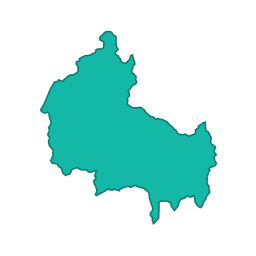 outline of Campinas, São Paulo, Brazil, rotated 259°
{"feature_id": "56859067B21122711831395", "entity_name": "Campinas", "entity_type": "district", "adm_level": 2, "iso_a3": "BRA", "parent_name": "Brazil", "parent_adm1": "São Paulo", "projection": "orthographic", "projection_center": [-47.047, -22.895], "detail": "fine", "context": "isolated", "style": "filled", "palette": "teal", "viewbox_px": 256, "rotation_deg": 259, "n_neighbors": 0, "source": "geoboundaries", "source_scale": "gbopen_adm2", "svg_char_len": 4504}
<svg xmlns="http://www.w3.org/2000/svg" viewBox="0 0 256 256"><g transform="rotate(259 128 128)"><path d="M207.2,99.7L206.6,97.7L205.9,95.1L205.2,93.4L203.4,93.7L203.0,92.1L203.0,90.1L200.9,89.3L198.5,90.2L196.8,91.0L195.6,90.0L194.1,90.2L192.7,89.3L191.9,87.9L191.1,86.0L190.6,84.0L191.1,82.3L190.6,80.9L190.6,79.3L189.3,77.5L188.4,75.9L187.9,74.5L186.3,73.3L187.1,71.2L188.5,69.3L187.3,67.8L186.9,66.2L187.3,64.7L185.7,63.5L181.5,59.5L180.0,58.5L176.5,56.3L170.8,52.4L168.3,50.7L166.3,49.2L164.9,47.8L163.8,46.9L162.4,45.7L160.6,46.4L159.1,47.9L158.4,49.3L159.1,51.8L157.4,53.2L155.5,53.0L153.8,52.9L151.6,53.1L149.4,53.5L147.8,53.6L146.3,52.7L144.7,51.6L143.7,50.1L141.9,50.4L139.6,50.2L138.6,49.1L137.2,48.1L135.6,48.1L134.1,49.3L132.5,49.0L131.2,48.0L129.4,47.3L127.6,47.2L125.5,47.6L123.6,48.5L121.7,49.8L120.0,50.5L118.6,49.7L117.2,49.4L115.6,49.4L113.9,48.1L112.1,47.3L110.9,45.8L109.6,46.2L107.8,47.0L107.4,48.9L106.7,50.2L106.3,52.1L104.3,52.2L102.5,53.5L101.1,55.0L99.1,55.0L97.4,55.2L95.9,55.5L94.8,56.5L93.3,57.7L93.9,60.0L93.9,62.0L95.2,63.4L97.1,64.1L98.1,65.7L98.3,67.5L98.9,69.6L98.1,71.3L96.5,73.0L95.7,74.8L95.2,76.7L95.1,78.4L94.3,79.8L92.3,80.7L91.9,83.0L91.8,85.0L92.3,86.8L92.3,88.8L87.1,86.2L85.7,87.4L83.7,85.9L83.1,84.4L80.8,84.2L79.1,84.4L77.4,85.1L75.6,85.3L73.3,85.5L71.0,84.9L68.9,83.2L67.6,84.1L68.6,86.6L69.1,89.1L69.8,90.7L70.2,92.9L71.5,95.3L71.9,97.2L70.7,98.5L69.9,101.0L70.7,102.9L69.7,104.2L69.0,105.7L68.0,107.5L69.2,108.4L70.0,110.2L70.4,112.7L70.6,114.6L70.8,117.0L69.2,119.5L70.2,122.5L70.1,124.5L68.7,125.8L68.0,127.9L66.8,129.8L65.6,132.2L64.0,133.3L62.9,134.3L61.4,135.5L59.8,136.3L57.4,135.9L55.6,135.7L53.9,135.7L52.4,136.0L50.3,136.2L48.5,136.3L47.1,136.8L45.5,136.9L44.0,137.0L42.1,136.0L40.5,133.9L38.5,133.2L36.7,133.9L35.4,135.2L34.0,134.4L32.4,134.3L30.8,134.6L29.3,134.6L30.4,136.8L31.8,138.2L32.7,139.6L33.8,140.9L39.9,142.3L42.7,143.0L47.1,143.9L49.2,144.0L49.8,145.9L49.7,147.7L49.4,150.0L48.6,152.8L47.3,154.4L45.8,155.8L43.3,155.5L40.6,156.7L38.2,157.8L39.3,159.3L40.3,160.3L41.2,161.6L42.1,162.6L43.6,162.5L45.3,164.0L47.2,165.4L48.3,167.3L48.1,169.5L48.7,171.0L49.7,172.1L49.7,173.8L48.3,175.9L48.3,178.0L49.1,179.6L47.8,180.1L46.0,180.1L44.0,179.8L42.2,179.8L41.0,180.4L39.1,181.0L37.4,182.3L35.9,184.1L37.1,185.8L39.0,187.2L40.7,187.9L41.8,189.1L42.9,190.3L44.3,191.3L46.0,192.1L47.4,193.8L49.0,195.7L50.4,196.1L52.0,195.6L53.9,196.1L55.6,196.4L56.9,195.4L58.1,195.1L59.6,195.2L61.2,195.6L63.0,196.2L65.4,196.1L67.0,197.7L68.7,198.3L69.8,199.0L70.6,200.4L72.5,199.3L73.2,200.5L73.8,202.6L74.1,205.6L75.3,207.1L76.8,208.2L78.9,207.0L80.5,207.0L82.1,206.7L83.9,207.8L84.9,209.6L86.3,208.9L88.2,207.8L89.7,208.7L91.0,209.2L92.4,210.3L93.8,209.5L95.0,208.0L96.2,207.0L97.8,206.7L99.3,206.3L101.1,207.5L103.3,207.8L105.2,206.9L107.7,206.5L109.3,205.7L109.8,204.4L111.8,204.0L119.0,204.9L118.8,202.5L117.5,200.7L117.2,198.7L116.2,197.3L114.7,197.1L114.1,195.5L113.2,193.8L111.1,193.4L109.6,193.0L109.1,190.8L108.9,188.7L108.2,186.8L109.6,184.4L111.1,183.2L110.9,181.7L111.2,179.8L111.8,178.2L112.1,176.8L113.2,175.8L115.0,175.1L116.7,174.6L117.9,173.2L119.5,172.4L120.7,171.8L121.7,170.8L123.1,169.7L124.7,168.5L126.8,167.4L127.8,165.9L128.9,164.7L129.6,163.4L130.6,161.2L131.6,158.8L131.2,156.6L132.9,155.9L134.1,154.7L134.9,152.8L136.0,151.5L137.4,150.4L139.5,148.7L141.0,148.1L142.6,147.5L143.8,146.2L145.6,144.8L146.2,142.6L146.1,141.0L146.5,138.7L146.8,137.3L147.3,136.0L148.4,134.8L149.9,133.2L151.6,132.0L153.5,132.5L155.2,133.1L156.6,133.0L158.0,133.7L159.3,135.7L161.0,135.9L162.7,135.8L164.2,135.0L165.4,136.8L166.6,138.1L168.1,139.6L169.2,141.5L169.8,144.0L171.7,145.5L173.9,144.6L175.8,145.5L177.3,145.7L178.4,144.6L179.9,144.3L181.0,142.8L183.0,142.5L185.2,143.3L186.2,144.4L188.1,144.4L189.0,146.8L190.8,147.1L193.7,146.8L196.4,146.4L198.9,146.4L198.4,144.3L196.4,143.4L194.6,142.3L193.3,140.0L192.1,138.7L192.3,136.9L193.4,134.9L195.1,133.8L196.6,133.8L197.9,133.4L199.1,132.3L200.5,132.4L201.7,130.6L203.1,129.8L204.6,130.0L205.7,131.3L206.5,132.9L207.9,133.2L209.7,132.2L211.4,132.2L212.9,132.3L214.9,132.6L217.4,133.2L220.3,133.6L221.9,131.4L223.9,130.7L225.7,129.5L226.4,127.0L226.7,125.0L226.2,123.2L225.0,121.8L224.2,120.2L222.9,118.2L221.2,117.1L219.6,117.4L218.7,118.8L217.6,120.4L215.6,120.6L214.3,120.0L213.0,119.8L211.5,119.1L210.7,117.9L210.8,116.1L211.2,114.3L211.1,111.6L209.1,111.0L208.0,109.3L207.7,107.1L206.8,105.4L206.8,103.6L206.8,101.7L207.2,99.7Z" fill="#14b8a6" stroke="#0f766e" stroke-width="1.5"/></g></svg>